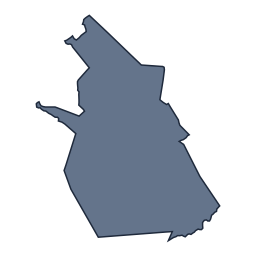 Sumé, Paraíba, Brazil
{"feature_id": "56859067B85735836369597", "entity_name": "Sumé", "entity_type": "district", "adm_level": 2, "iso_a3": "BRA", "parent_name": "Brazil", "parent_adm1": "Paraíba", "projection": "robinson", "projection_center": [-36.914, -7.646], "detail": "fine", "context": "isolated", "style": "filled", "palette": "slate", "viewbox_px": 256, "rotation_deg": 0, "n_neighbors": 0, "source": "geoboundaries", "source_scale": "gbopen_adm2", "svg_char_len": 1751}
<svg xmlns="http://www.w3.org/2000/svg" viewBox="0 0 256 256"><path d="M39.0,101.8L37.4,102.6L36.3,103.8L36.7,107.1L38.5,107.9L40.2,107.8L41.4,109.2L43.8,110.8L45.9,111.1L48.7,113.3L51.2,114.5L52.7,115.6L55.1,117.2L57.6,117.3L58.7,118.6L58.4,121.0L61.9,122.1L64.8,124.0L75.8,133.6L66.1,164.6L64.1,170.5L70.9,189.2L78.6,202.7L91.3,224.9L98.3,237.2L165.9,232.0L172.3,231.6L168.4,240.6L170.1,239.6L171.8,238.5L173.7,237.4L175.9,236.7L177.6,235.6L179.6,235.7L182.0,235.2L183.7,236.2L185.2,236.8L186.5,235.6L187.6,234.4L189.1,233.9L191.0,234.4L192.9,233.0L194.4,232.1L195.5,230.7L198.1,229.1L199.9,229.6L201.5,229.6L202.8,228.2L202.6,225.6L202.6,222.5L204.3,220.3L206.4,219.9L207.8,221.0L209.5,221.0L210.5,219.3L211.1,217.2L211.6,215.2L213.1,214.1L214.7,212.3L216.5,211.4L216.8,209.1L218.2,207.5L219.7,205.9L199.9,176.5L188.7,154.4L183.7,144.5L179.2,141.4L181.0,140.4L183.4,139.6L184.8,138.6L186.2,137.6L187.5,135.7L189.2,134.8L183.8,129.3L181.0,126.5L179.8,125.2L178.9,122.5L178.4,120.0L170.3,106.9L168.3,103.5L166.6,104.5L165.1,103.6L163.3,102.5L161.5,101.1L159.9,99.7L163.1,80.0L164.4,69.8L164.1,67.3L162.7,66.5L161.0,66.4L141.3,65.0L129.9,54.1L121.6,46.1L108.1,33.1L89.3,15.4L87.4,16.6L85.3,18.1L83.8,19.5L83.4,21.9L82.5,24.2L84.6,25.0L85.0,26.7L85.9,29.2L86.2,31.6L81.3,35.3L79.2,37.7L76.4,40.0L74.2,38.8L72.5,35.9L70.7,37.5L66.7,40.2L64.8,40.9L66.1,43.4L68.0,44.2L69.9,44.0L71.5,44.6L72.6,47.0L74.3,49.1L89.3,67.8L87.3,69.9L78.4,79.9L77.5,81.6L77.5,83.8L77.7,86.2L77.9,88.0L77.7,90.2L79.0,91.9L78.8,94.5L78.9,96.7L79.0,100.0L79.0,102.8L78.8,105.1L80.4,106.6L82.0,108.1L83.4,109.4L84.5,111.2L79.1,116.1L57.5,107.9L55.0,107.0L48.3,107.0L45.4,107.0L43.2,106.6L41.0,105.8L39.7,103.6L39.0,101.8Z" fill="#64748b" stroke="#1e293b" stroke-width="1.5"/></svg>